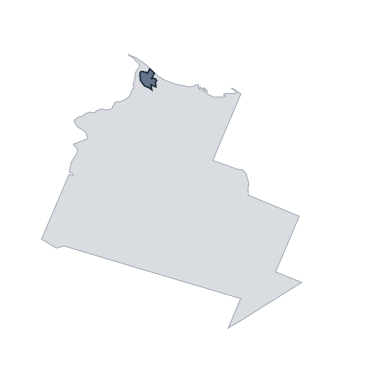 Mederdra, Trarza, Mauritania shown in context, rotated 113°
{"feature_id": "47542326B59245352565920", "entity_name": "Mederdra", "entity_type": "district", "adm_level": 2, "iso_a3": "MRT", "parent_name": "Mauritania", "parent_adm1": "Trarza", "projection": "natural_earth1", "projection_center": [-15.699, 17.141], "detail": "fine", "context": "in_parent", "style": "filled", "palette": "slate", "viewbox_px": 384, "rotation_deg": 113, "n_neighbors": 0, "source": "geoboundaries", "source_scale": "gbopen_adm2", "svg_char_len": 3865}
<svg xmlns="http://www.w3.org/2000/svg" viewBox="0 0 384 384"><g transform="rotate(113 192 192)"><path d="M169.1,327.0L168.7,326.8L166.7,325.2L165.7,323.4L164.2,322.0L162.0,321.0L160.6,320.0L160.0,318.8L159.2,318.0L158.3,317.6L158.3,317.1L158.5,316.5L158.3,315.4L157.0,313.0L155.8,311.9L154.8,312.0L154.2,311.8L153.9,311.2L153.8,310.4L153.1,309.7L151.9,309.4L150.9,307.6L150.2,304.3L149.3,301.7L148.1,299.8L147.3,299.1L146.7,299.0L146.5,298.7L146.3,298.2L145.4,298.0L144.1,298.6L143.0,298.4L142.5,297.5L141.7,297.4L140.7,298.1L139.6,297.9L138.4,296.7L137.8,295.5L137.6,294.4L135.6,292.0L131.6,288.5L127.3,286.9L122.6,287.1L120.0,286.9L119.5,286.4L118.9,286.4L118.3,287.1L117.7,287.2L117.0,286.9L116.6,287.1L116.5,288.0L114.8,288.5L111.7,288.5L109.2,289.0L107.2,290.1L104.5,290.6L101.0,290.4L98.9,290.0L98.2,289.4L97.1,289.3L95.8,289.6L94.7,291.3L93.6,294.5L92.8,296.2L92.1,296.7L91.4,299.0L91.0,302.9L90.3,304.6L90.3,294.9L91.4,291.3L91.7,288.1L93.9,281.0L96.4,275.2L98.8,267.6L99.7,260.1L99.4,252.9L98.7,246.4L97.5,242.1L96.4,235.9L94.6,232.6L91.5,229.8L90.8,228.1L91.6,227.5L93.5,227.1L94.7,224.8L92.1,225.7L95.1,218.9L96.0,214.2L95.9,211.2L96.4,209.3L94.2,205.2L92.4,200.1L91.5,199.2L90.6,198.8L90.5,200.0L90.0,201.1L88.9,200.5L86.9,196.7L84.3,190.6L83.3,190.0L82.5,190.8L82.0,191.6L81.1,196.7L80.8,194.7L81.2,192.3L81.9,189.4L82.6,185.3L85.0,185.3L89.2,185.3L97.6,185.3L101.8,185.3L110.2,185.3L114.4,185.3L122.8,185.3L127.0,185.3L135.3,185.3L139.5,185.3L147.9,185.2L152.1,185.2L154.9,185.2L154.7,182.3L154.6,180.1L154.4,177.0L154.2,173.9L154.0,170.8L153.8,168.0L153.7,165.1L153.5,162.4L153.4,160.0L153.1,158.5L152.2,155.7L152.0,154.4L152.2,152.9L152.8,151.5L154.4,149.0L156.9,147.0L159.7,144.8L161.9,143.1L163.0,142.7L166.4,142.1L169.1,140.8L171.7,139.5L172.8,138.8L172.9,136.4L172.5,83.8L185.3,83.8L188.7,83.8L212.3,83.8L215.7,83.8L232.8,83.8L232.8,81.3L232.7,77.7L232.7,72.8L232.6,67.9L232.4,59.3L232.4,55.6L235.8,58.1L242.7,62.9L246.1,65.3L253.0,70.1L259.9,74.9L266.8,79.7L270.2,82.2L273.7,84.6L277.1,87.0L280.6,89.4L287.5,94.2L290.4,96.2L294.9,99.5L299.0,102.5L303.2,105.5L296.8,105.5L288.4,105.5L282.6,105.6L276.6,105.6L271.0,105.6L271.6,110.5L272.2,115.9L272.9,121.4L273.5,126.8L274.1,132.2L275.9,148.4L276.6,153.8L277.2,159.2L277.8,164.6L278.4,170.1L279.6,180.9L280.2,186.3L280.8,191.7L281.4,197.1L282.1,202.5L282.7,207.9L283.9,218.7L284.5,224.1L285.1,229.5L285.7,234.9L286.3,240.3L286.9,245.7L287.5,251.1L288.1,256.6L289.3,267.4L289.9,272.8L290.5,278.2L291.1,283.6L291.7,288.8L293.9,291.5L296.7,295.0L296.0,299.9L295.1,305.7L294.2,312.1L286.5,312.1L278.9,312.1L260.1,312.1L256.3,312.1L237.5,312.1L233.7,312.1L226.4,312.1L224.2,311.9L223.5,311.4L223.2,308.1L222.5,308.3L221.8,309.3L221.4,310.4L221.5,311.7L221.4,312.9L219.0,313.3L215.7,314.1L212.3,314.7L208.8,314.5L207.6,314.2L206.3,313.8L203.6,313.3L202.1,313.3L200.3,313.4L198.3,313.7L197.7,314.3L196.1,316.7L194.7,319.6L193.7,319.5L192.6,318.0L189.6,315.0L185.9,311.2L184.3,309.3L183.4,309.0L181.6,310.4L180.2,311.7L178.6,313.6L177.9,315.4L177.4,317.5L177.2,320.0L176.6,322.9L175.4,325.3L173.9,327.1L172.8,327.9L172.3,328.4L169.1,327.0ZM93.4,220.6L92.2,222.7L91.7,221.9L91.5,220.5L92.6,218.5L93.1,217.5L94.0,217.1L93.4,220.6Z" fill="#d9dde1" stroke="#a8b0b8" stroke-width="1"/><path d="M113.7,268.8L109.4,271.7L109.4,266.3L105.0,268.6L103.3,267.9L102.2,269.7L102.3,271.4L102.5,272.1L102.9,272.7L103.3,273.5L97.3,273.0L95.2,279.0L100.3,279.4L99.7,281.0L100.3,282.8L100.3,283.4L100.2,284.0L100.4,284.5L100.6,285.0L100.8,285.6L101.1,285.9L101.6,286.2L102.1,286.4L102.4,286.4L103.4,286.0L104.0,285.8L105.2,285.4L105.7,285.0L106.5,284.5L106.8,284.4L107.1,284.2L107.5,284.0L108.5,283.5L109.2,283.1L109.6,282.8L110.2,281.8L110.8,280.7L111.4,279.9L111.6,279.4L112.0,278.7L112.6,277.7L112.9,276.6L112.9,274.1L112.9,273.2L112.8,272.4L113.7,268.8Z" fill="#64748b" stroke="#1e293b" stroke-width="1.5"/></g></svg>